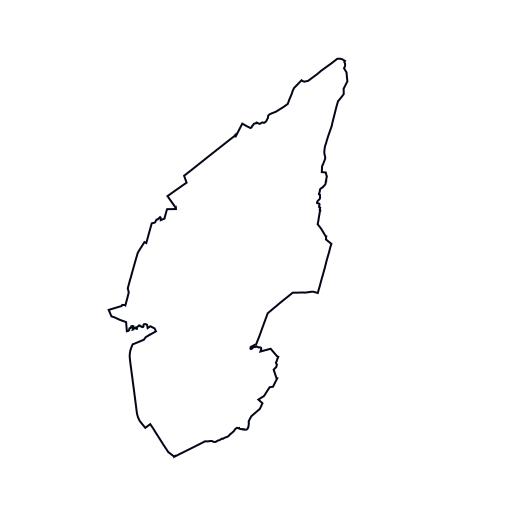 outline of Zeltiņu pag., Aluksne, Latvia, rotated 311°
{"feature_id": "27541924B11156685334807", "entity_name": "Zeltiņu pag.", "entity_type": "district", "adm_level": 2, "iso_a3": "LVA", "parent_name": "Latvia", "parent_adm1": "Aluksne", "projection": "robinson", "projection_center": [26.759, 57.345], "detail": "fine", "context": "isolated", "style": "outline", "palette": "ink", "viewbox_px": 512, "rotation_deg": 311, "n_neighbors": 0, "source": "geoboundaries", "source_scale": "gbopen_adm2", "svg_char_len": 5930}
<svg xmlns="http://www.w3.org/2000/svg" viewBox="0 0 512 512"><g transform="rotate(311 256 256)"><path d="M268.6,326.9L273.0,324.8L273.6,324.6L282.2,320.4L284.2,319.5L291.8,315.9L292.6,315.5L299.3,312.1L303.2,310.3L306.7,308.7L311.4,306.3L314.0,305.2L314.6,305.0L314.4,297.9L316.6,296.3L316.4,296.2L319.0,288.3L319.7,285.5L320.4,281.7L324.2,279.5L329.2,276.4L332.3,274.6L332.5,274.7L332.7,274.4L332.5,273.9L334.6,272.7L334.3,271.7L334.8,271.0L336.2,270.5L337.0,269.5L336.0,267.3L336.1,267.2L337.6,266.5L340.7,266.6L341.1,266.6L341.4,266.5L342.0,266.1L344.2,264.1L344.1,263.6L343.9,263.0L344.3,262.8L344.5,262.6L345.1,262.4L345.7,262.2L346.3,261.9L346.5,261.7L347.1,261.4L347.6,261.2L348.0,260.7L348.6,260.6L349.0,260.6L349.7,260.7L350.0,260.8L350.5,260.9L350.6,261.0L351.5,261.2L351.9,261.2L352.1,261.4L352.7,261.2L352.9,261.3L353.4,261.3L353.7,261.3L354.0,261.3L354.7,261.4L355.3,261.3L355.8,261.2L356.1,261.1L356.5,260.9L357.2,260.4L357.8,260.1L358.2,260.0L358.1,259.8L362.6,257.2L362.7,256.9L364.1,254.8L364.8,253.9L362.5,250.6L367.0,247.1L368.1,246.6L369.3,246.4L375.0,244.3L376.3,243.0L377.1,241.9L378.3,240.2L380.2,238.6L382.0,237.4L382.9,236.8L384.3,236.0L387.5,234.7L389.7,233.6L391.4,232.9L392.9,232.2L404.4,227.6L405.8,226.7L410.9,224.1L421.8,218.6L426.8,216.3L427.9,216.4L432.8,216.2L435.7,216.0L438.0,214.0L439.7,212.4L447.7,210.4L453.9,203.9L455.5,199.2L457.3,198.8L458.5,198.1L459.7,196.9L460.3,195.4L461.6,195.2L461.1,192.4L461.0,191.9L460.3,190.4L458.3,188.0L453.3,187.0L450.8,186.5L441.9,184.4L438.4,183.6L436.8,183.4L432.6,182.7L428.2,181.7L422.3,180.4L419.2,178.0L419.2,177.9L419.0,177.5L418.9,177.1L418.5,176.3L418.5,175.1L407.7,174.5L404.3,175.5L401.6,176.7L396.2,178.4L391.6,180.2L386.9,179.1L380.3,177.1L379.0,176.7L377.6,176.2L376.4,175.6L374.4,174.5L372.4,173.5L371.6,173.3L370.2,173.1L369.1,173.6L368.1,174.4L367.0,174.6L364.3,175.3L364.0,175.3L362.7,175.0L362.1,174.8L361.7,174.7L361.4,174.0L361.1,173.4L361.0,173.2L360.8,173.1L358.2,172.1L357.9,171.7L357.8,171.3L357.6,170.8L357.2,168.9L356.9,168.8L356.3,169.0L354.7,167.8L354.2,167.7L353.0,167.9L351.5,167.8L350.4,168.2L349.8,168.2L349.0,167.9L347.9,163.9L346.9,158.8L345.3,159.2L337.6,161.1L334.8,161.8L332.9,162.3L332.4,161.7L333.3,161.0L332.1,161.0L327.7,160.1L318.7,158.4L303.0,155.4L292.2,153.4L281.9,151.5L269.4,149.1L265.8,155.5L259.1,153.8L253.1,152.3L243.1,149.9L242.3,153.3L239.7,163.9L239.8,163.9L238.9,164.8L237.8,163.5L236.0,161.6L234.9,160.3L233.1,158.2L232.6,158.3L230.9,159.1L224.6,162.1L224.4,162.2L224.3,162.4L224.2,162.4L222.5,161.6L220.6,160.6L221.1,160.2L221.9,159.3L222.4,158.9L222.4,158.1L219.0,157.8L218.2,157.0L215.6,157.7L214.6,157.6L213.6,156.8L212.6,156.1L212.2,155.9L204.6,159.5L193.8,164.7L193.3,162.7L183.4,164.2L180.8,164.7L178.2,165.9L173.8,167.9L168.3,170.5L160.9,174.0L158.1,175.4L155.3,176.6L152.1,178.2L147.5,180.4L145.0,183.9L139.4,186.7L133.0,189.8L132.9,189.3L132.6,188.7L131.7,187.6L131.3,187.1L130.5,187.3L130.1,187.4L118.7,180.2L115.6,186.5L116.9,189.6L117.6,192.0L118.4,194.9L120.9,201.3L114.5,207.9L114.8,208.1L115.4,208.5L115.7,208.7L115.9,208.8L116.1,208.9L116.4,208.9L116.8,208.9L117.9,208.2L118.3,208.0L118.6,208.0L118.9,208.1L119.3,208.5L119.5,208.6L120.1,208.6L120.7,208.2L121.1,208.0L121.6,208.2L122.3,209.0L122.5,209.5L121.9,209.9L121.7,210.3L121.3,210.1L120.7,210.2L120.6,210.5L120.8,211.0L120.5,211.1L120.0,211.2L119.7,211.3L120.2,211.6L120.6,211.5L120.9,211.4L121.2,211.3L121.6,211.5L122.7,211.7L122.8,211.8L122.3,212.4L122.4,212.7L122.7,213.0L122.9,213.4L122.7,213.7L122.8,213.9L123.1,213.8L123.3,213.2L123.1,213.0L123.4,212.4L124.1,212.8L125.2,213.1L125.8,213.2L126.0,213.3L126.6,213.2L126.8,213.2L126.9,213.3L127.1,213.6L127.3,213.9L127.2,214.1L127.1,214.4L127.1,214.6L127.1,214.8L127.2,215.0L127.5,215.3L127.6,216.1L127.6,216.5L127.8,216.9L128.0,217.1L128.2,217.3L128.4,217.3L128.6,217.3L128.8,217.3L129.1,217.2L129.3,217.1L129.7,216.6L130.0,216.4L130.4,216.2L130.7,216.2L131.0,216.2L131.3,216.4L131.6,216.7L131.8,217.0L132.1,217.4L132.3,218.1L132.5,218.3L132.6,218.9L132.5,219.1L130.5,221.5L133.7,222.4L134.8,227.0L133.5,229.9L126.1,227.3L126.2,227.2L125.8,227.1L122.3,226.0L122.2,226.0L119.2,226.3L109.2,221.3L108.6,220.9L107.3,221.2L105.4,221.9L103.7,222.5L102.0,223.3L100.2,224.4L98.6,225.5L98.1,225.9L97.2,226.7L96.1,227.8L92.6,231.6L88.2,236.6L74.5,252.1L64.2,263.7L60.7,267.6L59.0,269.6L57.7,271.4L56.6,273.3L55.8,275.0L55.2,276.6L54.8,278.7L54.4,280.9L53.7,285.2L54.6,285.4L59.7,286.5L58.2,292.2L57.1,295.6L54.8,303.4L52.9,309.6L50.4,318.7L50.5,319.0L50.9,325.5L51.5,325.8L51.0,326.1L81.8,338.8L82.2,338.8L82.6,339.1L83.2,339.7L84.0,340.7L84.3,341.1L84.5,341.3L85.2,341.9L85.8,342.3L86.1,342.6L86.4,343.0L86.8,343.3L87.2,343.8L87.6,344.5L87.8,345.7L88.3,346.5L89.0,347.3L89.7,347.7L90.8,348.0L91.2,348.1L91.8,348.4L93.0,349.2L94.4,349.7L95.8,350.1L95.9,350.5L96.4,351.0L97.1,351.2L98.1,351.5L101.0,353.1L102.0,353.4L104.1,353.4L105.1,353.5L106.1,353.8L106.8,353.9L107.8,354.0L108.5,354.1L109.1,354.1L109.9,354.1L110.8,354.0L111.6,353.9L112.9,354.1L113.8,354.4L114.1,354.8L114.5,355.8L115.0,356.1L114.8,356.3L114.8,356.7L115.1,357.4L115.6,358.4L116.2,359.0L117.0,360.1L116.7,360.2L118.2,362.3L119.2,362.9L121.1,362.8L123.8,361.3L125.3,360.1L126.2,359.1L128.4,358.4L132.0,357.6L143.2,359.2L149.1,357.5L149.2,352.0L155.7,353.9L162.9,352.8L165.9,352.4L168.5,354.6L174.6,353.0L177.7,352.3L177.3,351.5L181.8,343.9L184.1,344.0L185.4,344.1L187.7,343.1L188.4,341.2L188.8,340.9L190.3,340.6L192.6,339.5L194.5,339.0L194.2,337.3L195.6,327.9L186.8,322.0L189.3,321.0L190.0,319.9L189.7,318.8L188.8,318.2L188.1,315.9L187.1,315.4L186.4,314.5L184.9,313.7L183.6,313.8L182.4,313.2L182.4,312.6L183.8,311.8L183.9,311.7L188.4,313.5L188.7,313.6L189.3,314.1L198.1,311.0L205.5,308.1L208.4,307.0L220.5,302.4L228.8,303.7L230.9,304.1L236.9,305.0L241.4,305.8L252.4,307.8L254.6,310.3L255.4,311.2L258.6,314.6L260.6,317.1L265.6,321.5L266.6,322.6L268.6,326.9Z" fill="none" stroke="#020617" stroke-width="2"/></g></svg>